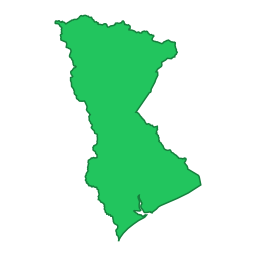 Moma, Nampula, Mozambique
{"feature_id": "85939544B26201267157646", "entity_name": "Moma", "entity_type": "district", "adm_level": 2, "iso_a3": "MOZ", "parent_name": "Mozambique", "parent_adm1": "Nampula", "projection": "orthographic", "projection_center": [39.158, -16.396], "detail": "fine", "context": "isolated", "style": "filled", "palette": "green", "viewbox_px": 256, "rotation_deg": 0, "n_neighbors": 0, "source": "geoboundaries", "source_scale": "gbopen_adm2", "svg_char_len": 5690}
<svg xmlns="http://www.w3.org/2000/svg" viewBox="0 0 256 256"><path d="M177.0,51.8L176.3,51.0L176.4,49.7L175.3,47.1L175.4,46.6L175.0,45.5L175.2,44.7L175.0,43.8L175.3,43.4L175.2,42.6L174.1,42.1L173.0,42.3L172.2,41.9L171.2,41.9L168.5,40.1L166.3,40.7L165.7,41.3L164.1,41.8L162.5,43.4L161.5,43.6L157.1,41.8L156.1,41.9L155.2,41.4L153.6,41.2L152.3,40.1L152.0,39.1L153.2,36.8L153.8,36.2L153.6,35.4L152.1,35.2L151.4,34.6L150.1,34.8L149.4,34.3L148.3,33.0L147.9,32.9L147.5,31.7L146.8,31.3L146.2,31.3L145.4,31.6L144.4,31.1L143.2,31.4L142.1,31.8L141.7,32.9L140.5,33.0L139.6,32.9L139.2,32.3L138.5,32.0L136.4,32.6L134.6,31.1L132.2,30.2L128.9,29.8L128.9,29.0L130.1,28.3L130.1,26.2L128.4,24.8L127.5,25.1L125.7,24.6L125.5,24.3L124.7,24.4L124.0,21.9L123.2,21.0L122.3,21.2L121.4,22.8L120.7,22.8L119.7,23.3L118.2,23.3L117.5,23.0L115.5,23.2L115.3,23.4L115.4,24.4L114.4,24.8L114.0,25.4L110.5,26.0L109.3,26.9L108.0,27.2L107.2,26.3L106.8,25.5L107.0,25.1L106.2,24.4L105.9,23.8L104.2,23.8L102.4,24.9L99.6,24.3L98.4,24.4L97.9,23.9L98.2,23.0L97.9,22.7L97.1,22.6L96.4,21.8L94.9,22.0L94.7,21.9L94.0,21.1L93.9,20.3L92.4,19.2L91.5,17.3L89.6,17.4L89.0,17.2L88.4,16.3L87.5,16.3L85.7,15.4L85.0,15.4L83.9,15.5L83.4,15.9L82.2,16.0L81.4,15.6L80.7,15.8L79.5,16.9L79.1,17.7L76.8,19.4L74.1,19.4L73.3,19.9L71.4,20.3L70.7,21.1L69.4,21.5L68.8,22.2L67.7,22.6L66.1,23.8L65.5,23.8L65.3,23.3L64.2,22.3L62.9,22.1L62.5,21.4L61.6,21.7L61.3,22.3L60.7,22.2L60.1,21.8L59.2,20.8L58.6,20.8L57.8,21.3L56.7,21.0L55.6,21.1L55.2,22.1L55.3,23.4L55.9,23.6L57.4,23.6L59.0,24.2L60.0,26.1L61.7,27.6L61.7,28.4L61.3,29.4L61.7,30.6L61.4,32.5L62.0,33.6L61.6,34.2L60.9,34.4L60.4,35.1L61.1,37.3L60.8,38.3L61.0,40.0L66.0,42.1L66.6,43.3L66.7,44.6L66.2,47.2L66.6,47.5L67.9,47.6L68.2,48.1L70.4,49.1L71.0,50.6L71.0,51.5L69.6,55.3L69.5,56.3L70.1,57.4L71.2,58.0L71.9,59.7L72.8,60.7L72.9,62.3L73.2,63.0L73.2,64.2L73.7,65.5L74.3,66.0L75.7,66.2L76.0,66.7L75.6,67.3L74.6,67.9L73.8,68.0L72.2,70.4L71.2,71.1L70.7,72.0L71.0,73.8L72.7,76.4L72.3,77.0L70.6,77.6L70.6,80.7L71.4,82.6L71.6,86.4L73.5,88.9L73.8,90.1L74.4,91.3L74.2,92.7L74.5,94.0L76.0,95.4L76.5,95.6L76.3,96.8L76.6,98.5L77.4,99.2L77.9,99.3L78.7,100.4L79.7,101.1L82.7,101.2L84.3,101.0L84.7,101.3L87.0,106.2L87.0,107.7L86.5,109.8L87.6,111.6L89.5,113.6L89.7,114.3L90.2,114.6L88.9,116.5L89.2,118.1L89.2,120.2L90.5,122.2L90.7,123.2L91.0,123.6L91.7,124.0L92.2,125.0L92.1,126.3L91.3,127.2L91.4,127.9L92.2,128.6L92.5,129.3L94.2,130.7L94.8,133.3L96.9,134.1L97.3,134.8L97.2,136.7L97.4,137.4L97.4,140.1L97.0,141.4L97.3,143.0L96.9,143.4L96.8,144.0L96.0,144.8L93.9,145.7L93.8,146.3L92.9,147.4L93.2,148.2L93.0,149.1L93.3,150.3L95.2,151.5L95.5,152.1L95.7,153.4L97.2,155.0L97.0,155.8L97.1,157.4L96.8,157.7L94.7,158.0L93.8,157.5L92.8,157.8L92.3,158.2L91.3,158.0L90.7,158.9L88.4,160.3L88.1,162.5L88.7,163.6L88.3,164.5L88.0,166.4L87.6,167.2L88.0,168.2L87.6,169.2L88.1,170.9L86.4,173.4L86.1,174.5L86.1,175.4L85.5,175.9L85.3,176.4L85.4,177.1L86.1,178.5L86.0,179.3L85.5,179.8L85.5,180.3L85.9,181.0L86.6,181.5L86.7,182.1L86.4,182.7L86.6,183.0L88.0,183.7L88.1,184.4L89.0,185.7L89.4,185.4L90.1,185.9L90.9,185.7L91.5,186.8L92.6,186.8L93.1,186.1L94.4,187.0L95.8,187.4L96.6,187.3L97.0,188.1L97.1,189.1L98.4,189.9L98.4,191.6L99.2,194.3L98.7,195.8L98.2,196.5L98.8,198.0L98.3,199.1L98.3,199.6L99.5,200.0L101.0,202.2L102.0,202.4L103.9,203.8L103.9,204.3L104.5,205.0L104.2,206.3L104.7,207.0L104.3,209.0L104.6,209.7L105.2,210.3L105.3,212.0L106.3,212.6L106.8,214.2L108.1,214.0L108.8,215.1L110.3,214.8L110.6,215.3L110.7,216.1L112.4,216.4L112.7,216.9L113.0,219.1L113.3,219.9L113.3,221.3L114.0,222.9L114.5,223.6L117.3,225.2L117.8,226.0L117.7,227.7L117.4,228.7L116.3,229.6L115.9,230.9L116.5,232.4L116.7,234.8L117.9,235.9L118.3,236.6L118.8,239.2L118.6,240.6L118.9,240.6L119.2,239.4L120.4,237.2L123.3,233.2L128.0,228.4L133.6,224.0L138.6,220.5L143.9,217.7L144.9,217.0L146.6,215.0L145.3,214.9L144.4,215.4L144.1,216.1L143.2,216.1L143.0,216.4L142.6,216.5L141.1,214.9L139.9,214.9L139.3,214.6L137.8,214.4L137.3,213.6L135.4,212.5L133.9,211.0L134.1,210.7L134.5,210.6L135.3,210.8L136.5,210.7L139.4,211.0L140.1,210.8L140.8,210.2L139.5,208.3L139.2,206.9L139.2,204.1L139.5,202.4L139.4,201.2L138.8,199.4L138.4,198.7L138.0,196.7L138.7,195.5L139.3,195.2L139.2,196.5L139.3,198.0L140.2,200.0L141.0,201.2L141.1,201.8L141.9,203.0L141.8,204.1L141.0,205.0L140.8,206.5L141.0,207.5L142.9,210.0L144.1,212.2L144.9,212.6L147.4,212.4L150.4,211.7L150.8,211.9L150.7,212.4L151.6,212.6L152.6,213.3L152.0,212.7L152.2,212.3L156.4,209.1L158.5,206.8L160.8,205.5L177.2,198.4L188.2,193.0L200.8,184.9L199.3,177.4L199.0,176.4L198.4,175.4L187.7,169.0L187.7,168.0L187.1,166.1L184.5,162.9L184.6,162.3L185.6,160.9L186.1,159.2L185.7,158.4L184.7,158.1L184.5,158.7L183.6,158.4L182.8,158.9L182.0,158.5L178.6,158.2L178.2,157.3L177.2,156.6L176.6,155.6L174.6,154.4L173.1,153.0L171.5,152.4L170.4,150.2L169.9,149.9L168.0,150.4L166.7,150.2L164.9,149.4L164.0,148.5L162.8,145.5L161.7,144.4L161.2,143.2L159.0,141.4L159.3,140.5L158.8,140.0L158.9,137.6L158.3,136.7L158.3,135.6L157.2,134.6L156.9,133.6L156.1,133.5L156.2,133.1L156.8,132.6L156.4,131.5L156.8,130.4L157.5,129.6L157.1,128.6L157.4,128.3L157.3,126.3L154.0,127.1L152.8,126.3L152.5,125.4L150.4,125.3L149.9,124.3L148.5,123.8L148.1,123.7L147.2,124.3L146.5,124.2L145.0,122.0L144.3,120.2L143.4,119.8L142.7,118.5L141.9,118.1L141.6,117.3L140.5,116.3L138.6,113.5L136.9,112.3L135.9,112.2L149.4,92.6L150.2,92.4L150.7,92.0L151.0,91.2L151.2,89.1L154.9,82.1L155.7,79.6L157.8,75.3L157.6,72.1L156.0,71.8L157.8,69.0L161.4,66.4L161.9,65.0L161.6,63.0L161.8,62.2L165.6,60.0L167.4,58.3L171.3,58.7L171.8,58.5L172.2,57.7L172.8,57.5L173.2,57.1L174.8,56.9L174.8,55.7L175.3,55.0L176.4,54.1L176.5,53.3L177.2,52.5L177.0,51.8Z" fill="#22c55e" stroke="#15803d" stroke-width="1.5"/></svg>